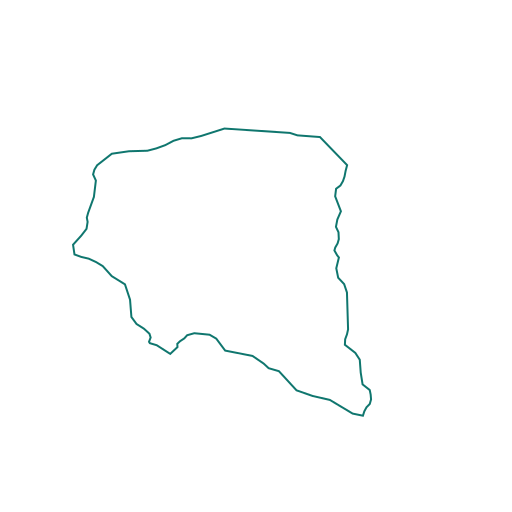 the Province of Yozgat, rotated 217°
{"feature_id": "TUR-3026", "entity_name": "Yozgat", "entity_type": "Province", "adm_level": 1, "iso_a3": "TUR", "parent_name": "Turkey", "parent_adm1": "", "projection": "orthographic", "projection_center": [35.159, 39.624], "detail": "fine", "context": "isolated", "style": "outline", "palette": "teal", "viewbox_px": 512, "rotation_deg": 217, "n_neighbors": 0, "source": "natural_earth", "source_scale": "10m", "svg_char_len": 1297}
<svg xmlns="http://www.w3.org/2000/svg" viewBox="0 0 512 512"><g transform="rotate(217 256 256)"><path d="M318.8,132.3L330.3,145.3L343.6,154.5L359.1,153.1L372.3,155.7L380.1,154.9L388.0,153.2L395.0,150.1L401.9,148.0L408.9,154.9L407.8,167.2L407.7,175.7L411.0,181.9L414.2,184.8L416.1,189.6L421.0,205.6L429.3,219.9L435.2,223.1L437.0,227.7L437.5,232.9L432.7,250.9L420.5,263.2L406.1,274.7L400.4,281.9L395.2,289.9L391.2,298.4L386.0,305.5L378.3,311.2L372.0,318.9L357.9,338.8L303.0,374.7L295.5,377.3L276.5,389.5L237.9,383.4L235.7,378.0L233.1,372.7L231.6,368.1L231.0,363.1L232.5,357.9L228.7,351.3L215.1,342.8L213.0,334.1L209.7,327.4L204.4,324.6L200.0,319.3L198.4,315.1L197.8,310.4L196.7,307.6L191.6,305.4L188.9,304.7L184.5,294.5L177.3,288.1L168.7,286.6L161.4,281.6L138.3,252.8L136.2,248.2L134.7,243.2L131.6,238.6L118.4,238.4L110.7,235.6L102.2,225.9L93.6,217.6L84.5,217.4L81.0,214.3L77.8,210.7L76.1,206.3L76.7,201.7L76.0,197.1L74.5,192.8L84.0,188.3L110.4,185.5L126.5,178.3L142.8,173.1L168.4,177.8L178.4,174.0L185.1,174.7L198.6,174.1L223.7,161.9L238.0,166.1L245.7,165.2L258.8,157.2L263.3,151.3L263.7,147.0L265.4,142.2L266.0,138.5L263.9,136.0L265.6,126.2L281.6,125.0L288.3,122.5L289.8,123.1L291.1,127.5L294.3,129.8L301.8,130.5L310.5,129.8L318.8,132.3Z" fill="none" stroke="#0f766e" stroke-width="2"/></g></svg>